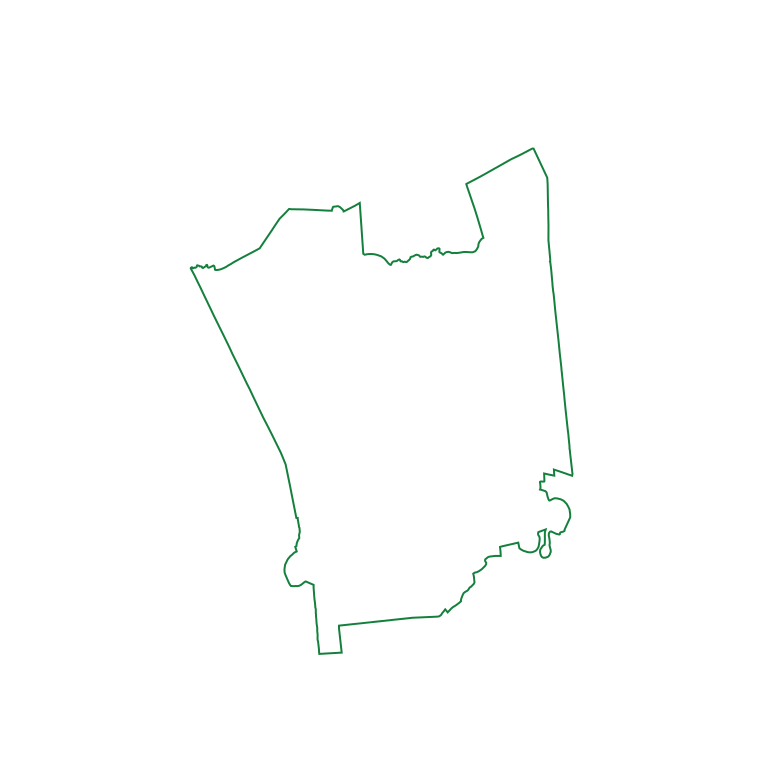 Bilciuresti, Dâmbovita, Romania (Equal Earth projection), rotated 112°
{"feature_id": "2599482B66874014167164", "entity_name": "Bilciuresti", "entity_type": "district", "adm_level": 2, "iso_a3": "ROU", "parent_name": "Romania", "parent_adm1": "Dâmbovita", "projection": "equal_earth", "projection_center": [25.791, 44.734], "detail": "fine", "context": "isolated", "style": "outline", "palette": "green", "viewbox_px": 768, "rotation_deg": 112, "n_neighbors": 0, "source": "geoboundaries", "source_scale": "gbopen_adm2", "svg_char_len": 6118}
<svg xmlns="http://www.w3.org/2000/svg" viewBox="0 0 768 768"><g transform="rotate(112 384 384)"><path d="M349.3,606.4L354.0,600.7L359.1,595.1L364.0,589.6L369.2,584.0L376.1,576.4L380.1,572.0L384.9,566.8L389.0,562.2L399.6,550.3L408.0,541.0L413.1,535.6L422.0,525.6L435.0,511.3L438.9,506.8L445.3,499.9L460.2,483.6L466.8,475.9L474.0,467.7L478.6,462.6L486.1,454.2L489.2,451.1L495.4,445.1L504.3,439.2L513.3,433.2L521.0,428.2L541.0,415.1L540.5,413.8L541.7,413.3L547.5,409.7L548.4,409.3L549.0,408.5L552.0,407.0L552.5,406.7L555.8,406.2L558.7,404.8L560.2,405.2L562.4,405.3L564.5,405.2L567.1,404.5L568.2,405.3L572.0,402.2L573.9,404.0L577.2,405.5L578.7,406.4L582.6,407.6L588.5,408.0L593.1,406.9L595.9,405.6L598.1,403.7L604.1,397.6L605.9,395.2L606.1,394.8L605.6,392.9L603.7,388.4L602.9,387.1L601.6,385.9L599.8,384.8L597.6,383.6L596.6,382.9L596.4,382.6L596.6,374.0L599.2,373.0L602.8,371.2L603.6,370.8L605.7,369.8L609.1,368.1L612.8,366.0L615.3,364.7L616.3,364.3L616.8,364.0L618.3,362.9L619.0,362.6L619.4,362.5L620.9,361.8L621.8,361.5L623.2,360.7L625.1,359.9L626.7,359.0L628.8,358.0L631.1,356.9L635.2,354.5L636.2,354.1L637.1,353.8L638.6,353.1L641.0,351.8L642.6,351.1L644.4,350.5L645.9,349.8L646.8,349.2L647.4,348.7L654.2,345.0L655.7,344.3L657.2,343.6L658.5,342.9L648.9,322.6L627.4,334.2L624.9,335.2L590.0,269.9L580.6,249.3L579.3,246.6L578.5,245.6L576.6,244.5L574.6,244.2L572.6,243.5L571.4,243.2L570.0,242.8L571.9,239.4L570.6,238.9L566.7,237.4L565.2,236.6L562.2,234.4L558.4,232.1L556.6,231.2L555.7,231.7L553.0,232.0L550.7,232.0L548.9,231.9L548.0,231.8L547.3,231.4L546.3,230.8L544.3,229.2L543.4,228.9L542.3,228.6L541.6,228.5L540.9,228.4L540.1,228.0L539.6,227.5L535.5,225.8L534.0,225.8L528.9,228.5L526.4,230.2L524.8,229.1L523.8,227.5L521.9,225.8L519.0,223.9L514.5,222.0L512.5,221.8L511.4,222.3L510.5,223.7L509.5,224.3L508.6,224.4L507.7,223.9L505.7,222.8L504.5,221.5L501.8,216.6L499.7,211.4L499.1,211.6L495.7,213.2L491.6,215.4L491.1,214.8L490.0,213.3L480.8,200.1L485.6,196.9L486.1,195.0L486.4,192.3L486.1,188.2L485.7,186.3L484.7,184.0L484.4,183.5L482.7,181.7L481.9,180.9L480.0,180.1L477.2,179.7L475.0,180.1L471.6,180.9L469.3,181.6L467.4,182.7L466.3,184.3L465.1,185.1L463.5,185.4L458.3,179.6L461.5,179.2L470.4,175.6L472.8,174.8L474.5,176.1L476.7,176.6L479.0,177.1L481.3,176.4L482.8,175.5L484.3,174.2L485.3,172.7L485.4,171.1L484.6,169.3L482.8,167.3L481.4,166.7L480.5,166.5L479.5,166.4L478.9,166.5L477.8,166.5L477.2,166.5L475.4,167.3L473.2,169.0L471.6,170.1L469.0,170.8L465.3,172.8L462.9,174.4L460.6,175.2L458.8,174.8L458.1,173.8L458.2,171.7L458.4,168.3L457.9,165.1L457.4,164.7L456.4,165.0L455.5,164.8L453.9,162.7L452.9,161.8L452.4,161.6L451.5,162.0L448.9,161.9L442.7,161.6L437.8,161.4L434.8,162.7L430.8,165.0L429.0,166.9L426.7,169.8L425.0,173.7L424.7,176.9L425.2,180.6L425.3,180.9L425.8,182.4L426.0,183.0L427.3,184.4L430.0,186.7L430.1,187.2L429.9,187.6L429.2,188.4L427.1,190.2L423.6,192.6L423.2,193.5L422.9,194.2L423.2,199.0L423.4,199.8L422.6,199.8L421.5,200.1L420.5,200.5L418.1,201.7L416.7,202.6L416.3,202.7L415.8,202.3L414.5,199.0L414.3,198.9L413.9,198.9L407.0,202.0L406.2,197.1L405.2,191.8L399.7,194.4L399.3,188.7L398.6,175.2L397.3,175.4L396.7,175.6L393.2,177.5L378.1,185.7L375.0,187.3L374.6,187.7L372.2,188.7L364.8,192.6L360.9,194.6L358.3,196.1L340.4,205.7L329.0,211.7L327.3,212.5L319.9,216.5L305.1,224.3L304.6,224.6L303.7,225.1L303.1,225.3L289.0,232.9L278.5,238.4L251.1,253.1L241.4,258.1L236.2,260.9L235.0,261.7L229.2,264.8L227.5,265.6L215.0,272.0L209.6,275.0L208.8,275.5L208.3,276.0L208.0,275.8L205.7,276.8L189.1,285.4L175.1,291.0L165.6,295.1L161.4,296.8L157.7,298.5L152.1,300.9L137.7,307.0L131.6,309.9L109.7,333.5L110.1,334.6L111.1,335.5L120.4,343.4L128.2,350.5L153.3,370.5L156.0,372.7L167.7,382.6L168.1,382.4L169.9,380.9L178.2,373.7L182.5,370.0L187.8,365.4L194.5,359.9L204.3,352.1L211.1,346.8L211.3,346.6L212.8,347.8L214.7,348.4L217.1,348.9L218.9,348.8L221.3,348.1L224.3,348.4L226.7,349.1L228.7,351.2L229.6,353.5L230.2,355.4L231.2,358.3L231.9,359.8L233.1,361.7L234.8,364.6L235.5,366.0L235.9,367.4L237.2,370.0L237.1,372.3L237.3,373.7L238.0,375.0L239.1,376.3L241.3,377.3L242.0,377.7L242.0,378.1L241.8,378.4L241.4,379.1L241.2,380.0L241.2,381.0L240.8,382.2L239.7,382.5L237.8,383.2L237.6,383.7L237.9,384.6L238.4,385.3L239.7,385.8L240.9,386.6L240.9,387.0L240.7,387.5L240.7,388.1L241.2,388.5L241.7,388.5L242.6,388.8L243.3,389.5L243.9,389.7L244.4,389.6L244.8,389.5L246.7,388.5L248.1,388.7L249.2,389.6L250.8,390.6L251.0,391.9L250.6,393.1L250.5,394.0L250.7,394.5L251.5,395.3L251.8,396.8L252.5,398.0L251.7,399.7L251.7,401.0L252.0,402.4L253.1,403.5L255.0,405.0L255.8,406.4L256.5,406.9L258.1,406.7L259.2,407.0L260.9,407.9L262.3,408.6L262.7,409.1L262.9,410.7L263.7,411.6L263.7,412.3L263.7,412.8L263.5,413.4L263.9,414.0L264.0,414.6L263.9,414.8L263.0,415.6L262.8,416.4L263.6,417.3L264.7,417.9L265.4,418.4L266.6,420.9L267.2,421.5L268.3,422.0L270.8,422.2L271.2,422.8L270.8,424.1L270.6,424.9L268.7,428.3L267.5,430.8L266.7,434.3L266.9,438.9L267.4,441.9L268.2,444.4L269.6,447.6L271.4,450.4L271.0,452.0L225.2,474.3L227.8,476.3L229.6,477.7L238.1,485.1L239.1,485.9L239.2,486.1L238.4,486.6L237.9,487.4L237.1,489.5L236.5,491.0L236.4,492.1L236.3,492.7L236.4,493.3L236.6,493.8L237.3,494.9L238.7,497.5L239.2,497.6L241.2,497.5L241.9,497.5L242.9,497.3L244.7,502.2L249.0,514.7L252.2,523.8L256.6,535.2L257.3,537.6L260.7,538.9L263.7,540.1L269.8,542.7L278.6,544.6L282.8,545.4L300.0,549.1L304.8,550.1L310.1,554.5L320.1,563.0L323.9,566.1L327.4,569.0L330.1,570.9L332.4,572.8L334.5,574.2L336.2,575.7L338.6,578.1L340.2,580.3L340.9,581.7L341.3,582.7L341.4,583.3L341.2,583.6L340.8,583.8L338.4,585.4L338.1,585.9L338.1,586.5L341.3,589.4L341.8,590.0L341.9,590.7L341.6,591.4L341.1,591.8L340.3,592.2L339.9,592.7L340.0,593.1L340.3,593.3L341.0,593.2L341.3,593.3L344.0,595.0L344.3,595.5L344.3,595.8L344.1,596.4L343.5,596.8L343.4,597.5L343.6,598.1L343.9,598.6L344.0,598.8L343.7,599.7L343.7,600.1L343.9,600.8L343.8,601.3L344.0,601.7L344.4,601.8L345.0,601.6L345.3,601.6L345.9,601.7L346.8,602.3L347.2,603.5L347.7,604.0L348.1,604.2L348.2,604.5L348.2,604.8L347.9,605.3L347.7,605.7L347.8,606.0L348.5,606.5L348.9,606.6L349.3,606.4Z" fill="none" stroke="#15803d" stroke-width="2"/></g></svg>